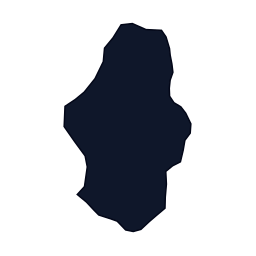 Orga, Cyprus (Albers equal-area conic projection), rotated 79°
{"feature_id": "46923920B94328330432967", "entity_name": "Orga", "entity_type": "district", "adm_level": 2, "iso_a3": "CYP", "parent_name": "Cyprus", "parent_adm1": "", "projection": "albers", "projection_center": [33.031, 35.359], "detail": "fine", "context": "isolated", "style": "filled", "palette": "ink", "viewbox_px": 256, "rotation_deg": 79, "n_neighbors": 0, "source": "geoboundaries", "source_scale": "gbopen_adm2", "svg_char_len": 732}
<svg xmlns="http://www.w3.org/2000/svg" viewBox="0 0 256 256"><g transform="rotate(79 128 128)"><path d="M183.6,190.5L192.8,182.9L202.4,176.9L207.8,173.3L210.8,167.9L213.8,162.4L217.4,156.4L227.6,149.8L230.6,142.6L230.0,134.7L224.0,125.1L219.2,116.7L213.8,107.0L203.0,104.6L190.4,101.0L177.8,99.2L173.6,91.4L171.2,83.0L160.4,78.1L150.9,74.5L144.9,67.9L135.9,65.5L124.5,68.5L117.3,72.1L111.9,78.1L104.7,81.1L96.9,79.9L89.1,77.5L81.9,73.3L73.5,72.7L64.5,72.7L57.9,72.1L45.9,73.3L38.5,76.5L34.8,91.6L26.3,103.8L25.4,115.1L36.6,125.5L45.1,135.8L58.2,139.6L73.2,150.9L84.4,164.1L90.0,174.4L94.7,185.7L114.4,190.4L131.3,182.9L147.2,175.4L158.4,175.4L177.2,181.9L183.6,190.5Z" fill="#0f172a" stroke="#020617" stroke-width="1.5"/></g></svg>